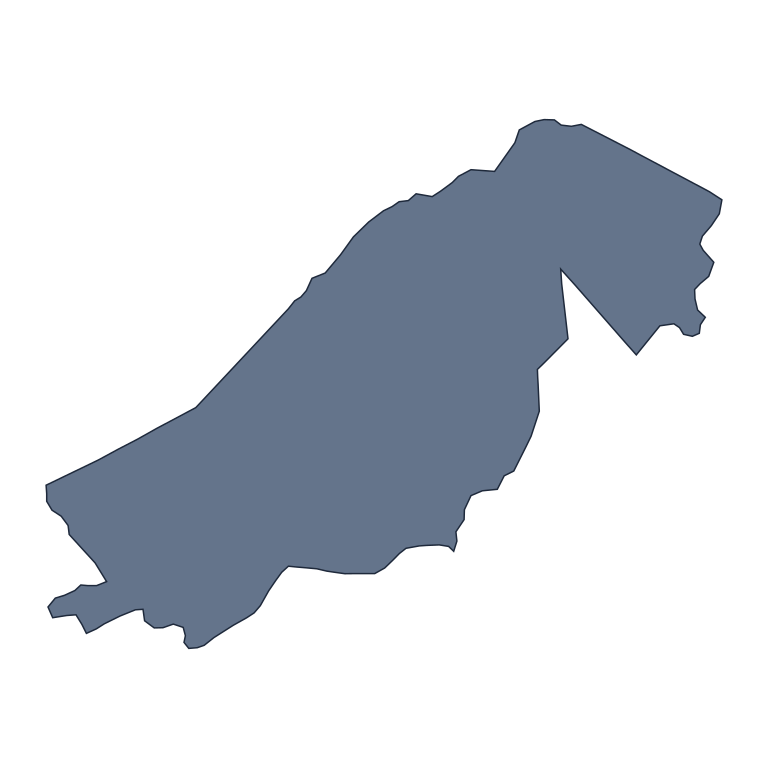 Manari, Pernambuco, Brazil (Albers equal-area conic projection)
{"feature_id": "56859067B28008134974501", "entity_name": "Manari", "entity_type": "district", "adm_level": 2, "iso_a3": "BRA", "parent_name": "Brazil", "parent_adm1": "Pernambuco", "projection": "albers", "projection_center": [-37.559, -8.892], "detail": "fine", "context": "isolated", "style": "filled", "palette": "slate", "viewbox_px": 768, "rotation_deg": 0, "n_neighbors": 0, "source": "geoboundaries", "source_scale": "gbopen_adm2", "svg_char_len": 1826}
<svg xmlns="http://www.w3.org/2000/svg" viewBox="0 0 768 768"><path d="M368.8,221.9L353.4,236.9L340.5,254.8L325.2,273.0L312.0,278.3L306.4,290.6L300.9,297.0L294.7,300.8L288.3,308.9L195.8,407.6L156.7,428.4L137.5,439.2L118.4,449.1L98.1,460.1L46.1,485.2L46.7,493.8L46.7,501.3L52.0,510.2L61.2,516.2L68.1,525.5L69.2,534.5L95.1,562.9L106.6,581.6L96.6,585.6L87.8,585.6L80.8,585.0L74.9,590.5L64.5,595.3L55.3,598.1L48.0,607.0L52.7,617.7L66.7,615.5L76.0,614.8L81.9,624.4L86.4,633.4L96.3,628.9L104.3,623.8L120.1,616.0L135.4,609.8L143.0,609.3L144.6,620.8L154.2,627.9L163.0,627.7L173.3,624.1L183.2,627.4L185.4,635.7L184.0,642.4L188.8,648.4L197.3,647.7L204.2,645.3L213.9,637.6L224.6,630.8L233.4,625.2L246.6,617.8L254.1,612.9L260.3,605.7L268.7,590.8L275.8,580.4L281.7,572.3L288.4,566.2L296.5,567.0L306.1,567.8L316.9,568.8L326.7,571.1L333.4,572.1L344.8,573.7L353.0,573.6L366.9,573.6L374.7,573.6L384.7,568.0L392.4,560.6L399.4,553.5L406.0,548.3L419.4,545.9L426.7,545.4L439.2,544.9L448.6,546.4L453.7,551.3L456.9,541.1L455.9,531.8L464.1,519.6L464.4,509.7L471.0,495.6L482.3,490.8L497.3,489.3L504.2,475.8L513.8,471.0L526.0,446.7L531.1,436.2L539.3,411.2L538.1,384.3L537.7,377.3L537.4,369.4L544.0,363.0L568.0,338.8L561.7,283.9L560.7,269.1L575.1,285.1L625.3,342.5L636.3,354.9L659.9,325.8L673.9,323.8L679.5,327.6L683.6,334.3L692.4,336.3L699.3,333.3L700.4,324.7L705.3,317.3L697.6,310.0L695.0,298.9L694.6,289.5L700.2,283.6L708.7,276.4L713.8,262.3L703.2,250.3L699.8,244.1L702.4,236.1L711.3,225.7L719.3,213.8L721.9,199.8L709.4,191.7L641.1,155.4L630.9,149.9L581.3,124.4L571.4,126.3L561.2,125.1L554.4,119.9L544.1,119.6L534.9,121.5L519.3,129.9L514.9,142.7L494.6,171.4L471.0,169.7L458.5,176.3L452.2,182.6L440.4,191.3L432.2,196.6L416.1,193.8L408.3,200.6L399.1,201.7L392.1,206.6L383.6,210.7L368.8,221.9Z" fill="#64748b" stroke="#1e293b" stroke-width="1.5"/></svg>